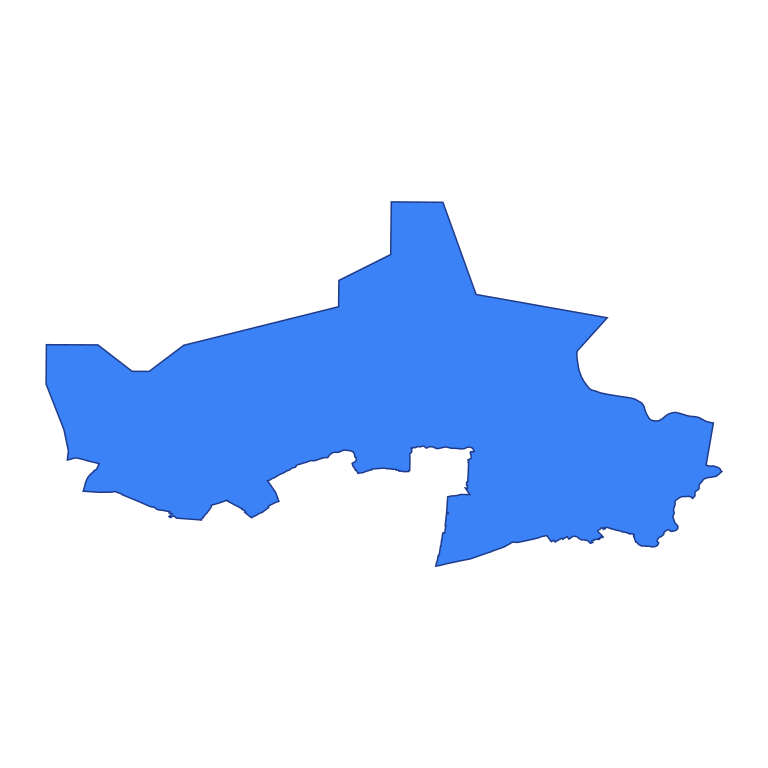 outline of Noardeast-Fryslân, Friesland, Netherlands
{"feature_id": "6326949B34567378468725", "entity_name": "Noardeast-Fryslân", "entity_type": "district", "adm_level": 2, "iso_a3": "NLD", "parent_name": "Netherlands", "parent_adm1": "Friesland", "projection": "robinson", "projection_center": [6.071, 53.368], "detail": "fine", "context": "isolated", "style": "filled", "palette": "blue", "viewbox_px": 768, "rotation_deg": 0, "n_neighbors": 0, "source": "geoboundaries", "source_scale": "gbopen_adm2", "svg_char_len": 6044}
<svg xmlns="http://www.w3.org/2000/svg" viewBox="0 0 768 768"><path d="M650.9,546.7L653.0,546.9L654.3,546.8L656.5,546.0L657.3,545.4L658.4,543.9L658.6,542.9L658.4,542.3L657.3,541.6L657.1,541.2L657.1,540.7L657.4,539.9L658.6,537.9L659.1,537.4L661.1,536.6L663.4,534.7L663.9,534.0L663.8,533.3L663.9,532.6L665.8,530.8L667.4,529.9L668.6,529.7L669.4,530.0L670.0,530.8L670.7,531.3L671.3,531.4L673.6,531.1L675.8,530.4L677.6,528.8L677.9,527.4L677.8,525.9L675.6,523.6L674.7,522.3L672.9,516.7L673.1,515.4L673.9,514.2L674.1,513.5L674.2,512.7L673.7,511.1L673.6,509.7L673.8,508.6L674.6,506.2L675.1,503.9L675.0,501.1L676.7,499.6L679.6,497.6L680.3,497.2L682.6,496.5L685.4,496.6L689.1,496.3L690.3,496.8L691.2,496.9L691.7,497.2L692.0,498.2L692.2,498.4L692.7,498.4L692.8,498.0L694.4,496.7L694.9,495.8L695.0,495.4L694.9,492.8L695.3,492.0L696.0,491.1L698.1,489.8L699.1,488.6L699.1,485.3L699.3,484.6L700.9,482.6L701.6,482.1L701.8,481.5L703.7,479.3L704.6,478.7L707.2,477.8L715.2,476.5L716.5,476.1L717.2,475.6L721.9,471.5L721.0,470.9L719.8,468.5L717.4,467.2L713.2,465.9L710.1,466.2L706.1,465.1L713.4,423.0L708.4,422.1L705.5,421.1L700.6,418.4L698.2,417.3L695.1,416.7L690.5,416.3L687.7,415.8L679.2,413.2L675.8,412.4L672.8,412.7L669.9,413.5L668.4,414.1L666.0,415.7L661.9,419.0L659.0,420.6L657.4,420.9L655.8,421.0L654.0,420.8L652.4,420.5L651.1,420.0L650.0,419.2L648.9,418.1L645.9,412.7L644.4,407.9L644.3,407.0L642.6,404.1L641.5,402.9L640.5,402.2L635.6,399.5L634.1,398.9L631.2,398.1L610.0,394.8L601.9,393.2L600.0,392.7L595.5,391.0L592.1,390.2L589.6,388.7L587.0,385.6L583.9,381.4L581.5,376.9L580.4,374.1L579.3,371.1L578.5,367.8L577.2,359.5L576.8,354.7L577.0,352.3L577.4,350.8L607.2,317.8L476.1,294.5L442.9,202.3L391.3,201.9L390.7,254.5L338.9,280.4L338.6,306.7L183.7,345.3L149.1,371.4L132.0,371.3L97.9,344.9L46.4,344.7L46.1,384.1L63.9,429.5L68.4,450.9L67.3,460.0L70.4,459.3L74.6,458.0L76.8,458.0L83.7,459.6L87.8,460.9L91.0,461.6L99.2,463.7L98.5,464.9L98.7,465.0L97.2,467.8L96.7,469.0L94.9,470.4L93.9,470.7L93.7,471.5L90.8,474.0L88.6,476.4L87.8,477.7L86.8,479.4L85.1,483.9L85.0,485.1L83.2,491.2L99.7,492.3L111.9,492.1L115.1,491.5L118.4,492.9L119.7,493.2L121.0,493.7L122.0,494.6L127.9,497.1L135.6,500.2L150.5,506.7L152.6,507.1L153.4,507.0L154.5,507.2L155.4,508.4L157.6,509.6L158.8,509.9L163.9,510.5L165.2,510.9L169.6,511.5L169.0,512.9L172.1,513.8L169.0,516.5L169.9,517.1L170.0,517.5L171.0,517.4L172.8,516.2L173.3,516.1L174.7,516.5L176.3,518.0L177.2,518.2L200.5,519.9L201.4,520.1L201.6,519.0L202.9,517.9L203.8,516.8L204.0,516.2L205.6,514.3L207.2,512.8L207.4,512.3L209.4,509.7L211.3,506.8L211.3,505.5L211.5,505.2L219.2,503.0L225.7,500.7L226.9,500.1L227.7,500.7L227.1,500.9L242.3,508.9L242.0,509.4L242.1,509.5L244.7,510.7L244.9,511.5L245.6,512.1L244.9,512.5L251.0,517.4L251.4,517.1L252.0,517.6L253.4,516.6L254.7,515.9L255.1,516.0L260.1,513.0L261.5,512.5L261.8,512.7L268.8,507.4L268.4,506.8L268.5,506.1L268.8,505.8L275.7,502.4L278.9,501.3L275.4,492.0L268.2,481.7L267.4,480.9L269.8,480.1L272.0,478.6L274.6,477.6L279.4,474.6L283.2,473.1L286.5,471.1L289.5,470.0L291.4,468.5L292.2,468.0L295.2,467.3L295.8,466.9L296.2,465.6L296.9,465.0L301.3,463.8L302.9,463.2L306.9,462.1L310.4,460.7L311.3,460.6L314.0,460.8L315.4,460.5L317.0,459.9L323.9,457.7L324.8,457.6L327.2,457.7L328.0,457.2L330.0,454.5L332.5,452.9L333.3,452.5L334.9,452.2L336.6,452.4L339.0,452.1L343.3,450.3L344.3,450.1L349.9,450.6L352.3,451.5L353.8,452.7L354.6,455.1L354.9,457.0L355.7,457.3L356.4,458.2L356.1,458.9L356.2,460.1L355.6,461.5L354.0,462.2L352.1,463.5L353.2,466.6L353.6,466.5L355.2,469.7L355.4,469.7L355.8,470.5L356.5,470.3L358.0,473.4L359.6,473.0L363.2,472.6L365.9,471.4L368.2,470.8L369.9,470.1L371.5,469.9L371.3,469.5L373.7,468.8L378.2,468.6L383.4,468.1L384.9,468.2L387.3,468.8L389.8,468.7L392.0,469.2L396.2,469.4L396.2,470.1L398.8,470.2L398.9,471.1L401.9,471.2L404.0,471.7L408.6,471.5L408.6,470.7L409.7,470.6L409.9,462.7L409.8,454.0L409.9,453.7L410.2,453.6L411.5,452.3L411.8,451.2L411.6,450.5L411.2,448.3L412.4,448.4L412.4,447.6L413.6,447.5L415.5,447.7L417.4,446.6L420.4,446.8L423.3,446.0L424.3,446.3L425.7,447.8L426.5,448.0L427.2,447.9L428.9,446.8L430.2,446.7L433.2,447.0L436.0,448.4L438.4,448.6L443.6,447.3L446.0,447.0L447.2,447.2L450.5,448.1L452.4,448.3L455.5,448.3L459.7,448.8L461.9,448.9L464.3,448.7L467.4,447.2L469.6,447.1L470.5,447.3L472.2,448.0L472.8,448.7L473.8,450.6L474.4,451.2L473.8,451.8L471.1,451.6L470.3,452.1L470.5,454.0L470.8,454.0L471.3,457.7L471.1,458.2L470.2,458.7L469.0,459.5L467.9,459.8L468.0,460.2L468.4,460.6L468.6,461.0L468.1,462.2L468.6,462.5L468.6,463.0L468.2,473.5L467.7,482.0L466.7,482.1L466.5,485.3L467.5,485.5L467.3,488.5L466.9,488.2L465.3,488.0L469.8,494.6L460.6,494.5L456.7,495.6L451.3,496.0L447.7,496.8L446.6,512.7L448.0,512.5L448.4,513.5L446.5,513.9L445.2,525.5L445.9,525.6L445.8,526.3L445.6,526.3L444.8,532.8L443.6,532.7L442.8,533.0L441.7,540.2L441.6,540.4L441.3,541.4L441.5,541.5L440.9,545.8L440.6,545.8L439.3,554.1L439.1,554.2L438.9,555.6L438.2,555.6L436.9,562.6L436.5,562.6L435.8,566.1L440.1,565.4L447.2,563.6L460.5,560.8L470.6,558.8L489.8,552.1L490.2,552.2L491.6,551.4L504.1,546.9L505.9,546.1L506.4,545.5L508.8,544.4L512.2,542.2L517.4,542.4L520.4,541.9L533.9,539.0L539.2,537.6L541.4,536.6L546.8,535.6L551.3,541.7L554.0,540.3L555.1,542.0L555.2,541.9L561.3,538.4L561.8,538.3L562.6,539.4L567.0,536.6L569.0,539.1L573.2,536.2L576.9,536.6L578.6,538.2L581.5,540.0L582.4,539.8L583.6,539.8L587.4,540.5L590.4,543.3L590.7,543.3L591.8,542.7L592.7,542.5L592.5,542.3L591.7,542.2L592.1,540.4L594.1,540.5L594.5,539.4L598.9,539.4L598.3,538.7L599.9,538.4L599.5,537.9L601.4,537.0L602.1,537.6L603.2,537.0L597.8,531.3L597.7,530.5L600.0,529.2L601.8,527.5L603.5,529.4L605.1,528.7L604.4,527.7L605.7,527.7L607.1,527.3L612.2,529.1L612.7,529.0L616.2,530.2L620.9,531.1L621.9,531.4L621.8,531.7L622.3,531.9L627.8,532.8L627.8,533.2L630.2,534.1L630.4,533.4L633.7,534.3L633.3,534.5L634.1,536.0L633.6,536.2L635.8,542.1L637.3,542.5L637.6,543.4L638.2,543.8L639.1,544.8L639.5,544.8L641.6,546.0L643.7,545.9L646.4,546.3L648.5,546.1L650.9,546.5L650.9,546.7Z" fill="#3b82f6" stroke="#1e3a8a" stroke-width="1.5"/></svg>